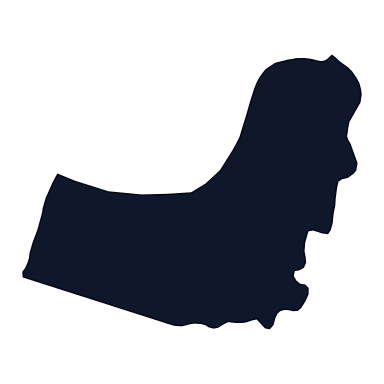 Colares, Pará, Brazil (Natural Earth projection)
{"feature_id": "56859067B45102544726331", "entity_name": "Colares", "entity_type": "district", "adm_level": 2, "iso_a3": "BRA", "parent_name": "Brazil", "parent_adm1": "Pará", "projection": "natural_earth1", "projection_center": [-48.239, -0.919], "detail": "fine", "context": "isolated", "style": "filled", "palette": "ink", "viewbox_px": 384, "rotation_deg": 0, "n_neighbors": 0, "source": "geoboundaries", "source_scale": "gbopen_adm2", "svg_char_len": 1705}
<svg xmlns="http://www.w3.org/2000/svg" viewBox="0 0 384 384"><path d="M23.4,276.9L168.5,323.3L174.4,325.1L181.6,325.6L185.6,324.7L190.7,323.3L194.3,322.9L201.3,323.3L206.0,324.7L209.1,326.7L213.6,327.9L217.8,327.1L221.7,324.7L224.8,322.9L228.1,321.4L236.2,322.3L242.9,322.2L246.3,321.6L252.0,319.7L257.0,318.7L262.6,324.7L265.3,327.7L269.5,328.5L272.9,324.7L274.6,318.1L276.7,313.5L279.6,310.7L283.6,309.3L287.9,309.3L293.3,310.5L297.7,310.1L300.7,307.4L304.9,300.7L307.8,294.3L308.0,288.4L304.9,285.2L299.7,284.4L295.9,281.1L293.0,276.2L294.2,270.4L299.2,269.6L303.3,267.3L305.4,262.5L304.9,257.0L303.8,251.3L304.5,242.5L307.8,230.8L312.8,229.8L317.2,231.0L322.1,232.7L327.7,233.4L330.0,230.0L332.0,222.9L332.6,216.4L333.3,211.2L334.5,206.1L335.0,198.4L335.8,192.1L336.4,187.6L337.8,181.4L341.8,178.5L347.4,177.3L353.0,173.3L355.5,170.4L356.8,163.1L352.9,152.4L350.0,144.2L347.6,140.0L346.3,136.3L347.0,132.1L347.6,127.3L348.8,121.5L350.9,117.9L352.9,114.3L356.3,108.4L359.8,102.2L361.0,94.5L360.4,89.7L358.8,83.5L355.7,77.9L351.6,71.9L348.1,68.3L338.6,61.4L335.7,58.4L332.0,55.5L328.1,59.1L325.2,61.2L321.2,61.8L316.5,61.0L312.5,59.9L309.1,59.3L304.0,58.7L295.9,58.9L292.4,59.7L288.1,60.3L284.7,61.2L278.3,62.7L275.1,63.7L272.0,65.8L268.2,68.3L265.5,70.3L262.8,73.9L259.7,78.1L257.0,83.4L255.1,88.2L251.3,99.9L249.9,104.7L247.0,114.9L242.6,129.0L241.5,132.7L240.2,137.1L237.5,142.6L232.8,151.1L220.5,170.6L206.0,184.1L191.4,193.0L167.7,194.5L141.8,195.2L108.2,192.0L74.7,181.4L57.7,174.4L53.4,182.3L50.3,189.4L48.5,193.4L46.5,197.7L43.4,208.3L42.9,212.3L38.2,229.6L33.1,243.2L30.2,253.4L29.7,258.1L28.0,263.4L25.6,268.7L23.0,272.0L23.4,276.9Z" fill="#0f172a" stroke="#020617" stroke-width="1.5"/></svg>